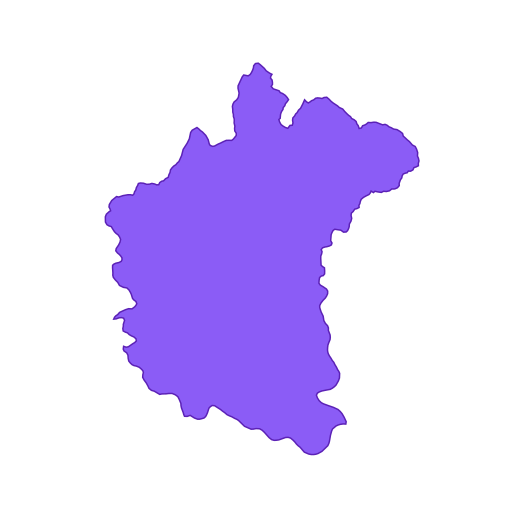 Abaeté, Minas Gerais, Brazil (Robinson projection), rotated 116°
{"feature_id": "56859067B88957434104032", "entity_name": "Abaeté", "entity_type": "district", "adm_level": 2, "iso_a3": "BRA", "parent_name": "Brazil", "parent_adm1": "Minas Gerais", "projection": "robinson", "projection_center": [-45.377, -19.097], "detail": "fine", "context": "isolated", "style": "filled", "palette": "violet", "viewbox_px": 512, "rotation_deg": 116, "n_neighbors": 0, "source": "geoboundaries", "source_scale": "gbopen_adm2", "svg_char_len": 6088}
<svg xmlns="http://www.w3.org/2000/svg" viewBox="0 0 512 512"><g transform="rotate(116 256 256)"><path d="M395.2,335.4L397.9,334.5L399.2,333.0L399.7,329.8L401.3,327.6L404.2,325.9L406.2,324.3L407.3,322.0L408.0,319.7L408.0,317.7L407.4,315.3L407.2,312.1L407.9,309.5L408.7,307.4L410.2,306.1L412.2,305.7L414.7,304.7L416.6,302.1L418.2,299.0L420.1,296.3L421.9,294.1L422.6,291.1L422.1,288.2L422.6,281.9L421.2,280.1L419.3,276.4L417.9,274.3L416.3,271.1L416.1,267.6L416.7,264.6L418.5,262.2L421.4,258.9L423.4,257.8L425.2,256.4L428.7,252.7L430.2,251.4L431.4,250.0L430.3,247.5L428.1,245.3L428.6,240.3L428.3,237.1L427.4,235.2L426.3,233.8L424.4,231.7L422.4,230.9L420.6,230.8L418.2,230.9L413.4,231.6L411.5,231.0L409.6,229.9L408.7,227.6L409.5,220.7L410.1,218.1L410.5,215.5L411.3,212.5L411.3,209.6L411.1,207.3L411.3,204.0L411.2,201.5L411.5,199.5L414.1,191.7L413.8,184.5L412.8,182.6L411.1,180.3L409.7,177.0L409.9,174.1L410.8,171.2L413.5,164.6L414.2,161.4L413.7,158.8L412.7,157.0L411.3,154.9L406.1,149.8L404.9,147.6L404.5,145.2L405.2,142.2L406.2,139.4L407.3,137.2L408.1,134.8L408.5,132.7L411.1,126.6L410.9,121.9L410.2,119.3L409.2,117.2L408.0,115.4L406.4,113.7L402.7,111.1L395.0,108.3L392.3,108.4L390.3,108.8L384.4,110.5L380.1,111.3L377.9,111.4L373.6,109.5L371.9,108.1L370.4,106.5L368.7,104.0L367.7,101.6L365.4,102.3L362.3,106.1L360.0,109.5L358.8,112.2L358.0,115.0L358.1,120.0L358.8,125.7L359.3,130.6L359.2,133.1L358.3,135.9L356.7,138.5L354.6,140.7L352.3,140.7L350.4,139.5L348.5,137.7L345.5,133.8L343.3,130.8L341.3,129.4L339.2,128.3L337.0,127.5L332.1,127.2L329.1,127.5L324.8,129.4L323.4,131.0L322.4,132.8L320.7,134.9L318.9,137.7L317.5,139.4L316.5,141.6L314.9,144.0L313.7,146.1L312.4,147.9L311.0,149.3L309.2,150.5L306.9,151.5L304.6,152.3L302.0,152.6L298.7,152.8L296.5,153.6L294.5,154.8L291.2,158.3L288.9,159.4L287.3,161.1L286.1,164.2L284.2,166.8L282.3,168.1L280.6,169.3L277.7,173.0L274.6,176.0L272.7,177.0L269.9,177.0L266.4,176.3L263.5,175.3L261.2,175.0L258.5,175.1L256.1,176.2L254.8,178.2L254.2,182.3L254.0,185.4L252.9,187.5L250.2,188.6L247.5,189.4L245.3,188.5L244.2,187.0L242.0,186.5L239.4,187.7L236.6,189.3L236.3,191.7L235.7,193.5L229.9,196.7L227.5,197.8L225.5,197.9L223.2,198.5L221.7,200.2L219.5,199.8L217.7,198.0L216.5,196.3L214.8,194.4L213.0,193.1L211.0,193.4L209.5,195.6L203.9,197.8L201.8,198.0L199.2,197.9L197.4,196.9L196.6,194.2L195.6,191.1L196.2,187.8L194.9,185.5L193.1,184.8L190.6,184.8L188.8,185.1L186.3,186.1L183.1,185.9L180.2,186.5L177.9,188.3L175.7,189.1L173.5,188.2L170.6,187.8L169.2,186.1L167.2,184.6L165.3,185.7L163.3,185.6L161.5,186.1L158.9,186.3L156.2,185.1L153.6,183.3L151.2,181.4L149.0,180.9L147.2,181.0L147.5,178.2L145.7,177.5L145.0,174.7L143.9,171.2L141.9,169.7L140.9,167.1L138.9,164.6L136.3,163.4L134.9,160.7L132.7,158.8L130.0,158.1L127.9,159.2L124.2,159.6L121.9,159.2L119.8,159.8L117.7,159.6L116.1,158.1L114.9,156.6L112.9,156.3L112.0,154.2L109.8,152.7L107.3,152.8L105.7,151.1L103.7,149.6L101.6,150.7L99.1,151.2L96.9,152.9L95.4,154.7L92.2,156.0L89.6,158.5L87.8,160.9L87.7,164.1L85.9,168.3L85.3,170.9L84.4,173.7L83.7,176.2L81.6,178.0L80.9,181.1L80.6,184.7L81.6,188.0L81.4,190.8L81.6,193.0L81.0,195.4L81.1,197.7L82.6,199.7L83.2,206.8L84.3,209.1L85.7,211.1L86.8,213.7L89.0,214.6L90.6,215.7L92.2,217.3L94.7,217.4L96.2,219.2L94.0,221.3L93.0,223.3L91.2,225.0L90.5,227.6L90.5,230.3L89.3,232.2L89.0,234.3L88.3,236.6L87.2,239.7L85.9,242.5L86.0,246.3L85.3,248.6L84.7,253.5L84.1,256.2L83.1,258.9L82.3,262.0L83.7,264.3L85.5,265.7L86.1,267.9L86.9,270.0L88.1,271.6L90.4,272.6L92.0,274.1L93.8,275.0L95.5,276.1L95.3,278.2L94.3,280.8L98.9,280.6L103.7,280.7L106.2,281.7L109.2,281.9L110.9,282.6L113.3,282.7L115.7,283.4L117.9,282.7L120.2,281.1L122.6,280.7L123.7,282.7L127.3,283.4L127.6,286.0L127.4,288.5L126.9,291.1L125.2,293.5L123.3,295.3L121.7,294.6L118.0,296.0L116.2,296.3L114.3,296.3L112.5,296.0L110.7,296.6L108.3,296.0L106.3,296.3L103.9,295.7L101.2,295.3L99.9,297.4L98.8,300.0L98.3,303.3L98.5,305.8L97.4,307.7L98.2,313.8L96.9,316.7L94.6,316.4L92.6,317.4L90.7,318.8L89.8,320.9L88.0,321.5L85.7,321.3L85.7,323.8L85.1,328.0L83.7,330.8L82.2,336.0L81.7,338.5L83.3,340.9L86.0,341.5L88.1,340.8L90.5,340.5L93.1,340.5L95.4,340.8L97.5,342.0L98.7,346.4L101.0,346.9L110.9,346.7L113.1,345.7L117.0,342.6L121.2,341.4L124.1,341.8L127.1,343.2L129.5,343.3L131.9,342.8L134.2,341.3L136.9,339.9L138.5,338.5L140.6,337.4L142.3,335.7L144.3,334.7L146.0,334.0L148.6,331.9L150.7,331.2L152.9,329.9L154.3,327.6L156.3,326.6L160.9,327.6L162.8,328.6L163.8,330.9L165.1,333.4L167.7,335.6L170.2,337.5L171.9,339.0L175.4,341.5L176.5,343.1L176.7,345.6L175.7,347.2L172.6,349.8L171.0,352.0L169.7,353.9L168.0,358.5L167.6,360.9L166.9,363.0L166.4,365.4L170.9,368.5L173.6,368.9L179.9,367.3L184.7,367.3L192.1,368.2L198.3,366.9L205.0,366.7L206.7,367.5L209.0,368.0L211.3,369.4L213.8,370.2L216.2,370.6L218.5,369.9L221.1,369.9L223.8,369.4L226.2,371.2L228.9,372.0L230.2,373.6L232.2,374.7L234.6,374.7L235.6,376.5L235.7,378.6L236.4,381.4L238.2,383.3L239.5,385.7L239.9,389.0L241.1,392.0L242.4,393.5L244.5,393.3L246.9,393.5L249.3,393.0L251.6,393.3L253.6,392.9L255.5,393.5L255.9,395.6L257.2,398.1L260.0,402.0L261.6,403.6L263.2,405.3L263.7,407.4L269.4,410.0L274.0,410.4L276.4,409.6L277.7,407.8L279.1,406.5L280.7,407.5L284.0,408.8L286.8,408.6L291.5,406.2L293.2,403.7L293.4,401.4L293.0,398.9L294.2,397.2L296.2,393.9L297.0,391.7L297.5,389.1L298.7,387.0L300.4,385.0L303.1,384.3L306.4,384.3L310.6,384.9L312.8,384.3L314.0,381.8L314.5,379.6L315.3,377.6L316.4,375.7L318.1,374.8L319.9,374.8L321.9,376.3L323.9,378.8L325.6,380.2L327.2,380.8L329.4,379.8L334.1,377.1L336.0,376.3L337.7,374.9L339.2,371.9L340.3,368.7L342.3,365.8L342.3,361.4L341.3,358.1L342.2,355.3L343.8,352.9L345.0,351.4L348.3,348.3L349.1,346.4L349.5,344.0L351.2,342.2L353.1,342.3L355.0,342.8L357.9,344.3L359.2,347.4L361.5,349.8L366.5,353.9L369.2,354.6L371.3,355.8L373.1,356.3L375.1,356.2L373.7,354.0L371.6,352.0L370.3,349.8L369.9,347.7L371.5,345.9L375.6,345.3L377.2,344.5L379.6,343.9L381.6,342.5L381.7,340.0L381.4,337.8L382.2,335.6L382.4,332.9L382.3,330.3L383.0,327.6L384.8,326.3L387.0,327.1L389.0,328.4L393.5,330.9L394.9,332.7L395.2,335.4Z" fill="#8b5cf6" stroke="#5b21b6" stroke-width="1.5"/></g></svg>